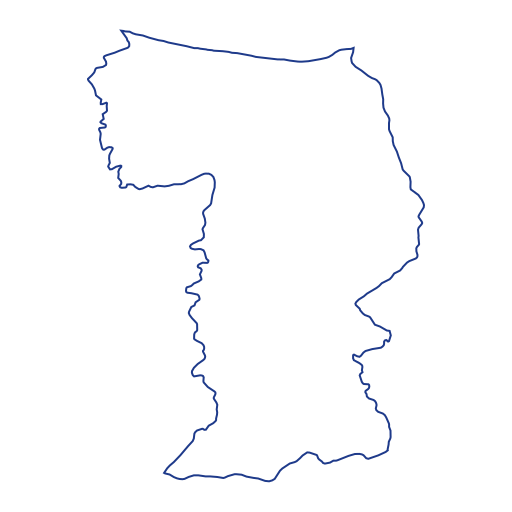 El Porvenir, Atlántida, Honduras (Albers equal-area conic projection)
{"feature_id": "27666195B30019857874789", "entity_name": "El Porvenir", "entity_type": "district", "adm_level": 2, "iso_a3": "HND", "parent_name": "Honduras", "parent_adm1": "Atlántida", "projection": "albers", "projection_center": [-86.935, 15.658], "detail": "fine", "context": "isolated", "style": "outline", "palette": "blue", "viewbox_px": 512, "rotation_deg": 0, "n_neighbors": 0, "source": "geoboundaries", "source_scale": "gbopen_adm2", "svg_char_len": 6023}
<svg xmlns="http://www.w3.org/2000/svg" viewBox="0 0 512 512"><path d="M353.6,47.9L351.0,48.9L346.7,49.1L341.5,49.7L339.4,50.2L335.2,52.5L332.3,54.9L328.7,57.0L326.4,57.8L320.5,59.1L308.5,61.2L301.5,61.7L298.1,61.6L290.0,60.6L284.2,59.5L277.6,59.4L255.8,56.9L251.3,55.7L237.1,53.1L232.0,52.8L228.7,51.9L222.8,51.2L213.8,50.7L212.0,50.2L207.5,49.8L206.1,49.4L200.2,48.7L197.7,48.1L194.1,48.1L186.6,46.2L168.3,42.5L163.6,41.0L158.5,40.2L149.2,37.7L142.9,35.5L135.8,34.3L132.7,33.3L129.7,31.7L124.8,31.4L123.8,31.0L121.3,30.7L126.7,38.2L127.4,40.5L128.8,42.2L129.3,44.0L129.2,46.1L128.1,47.5L127.4,47.9L119.5,50.7L114.7,52.7L106.4,55.3L104.4,56.2L103.9,56.9L103.8,57.8L106.0,61.6L106.3,63.8L106.0,65.0L102.9,66.9L97.0,67.9L96.0,68.4L95.4,69.2L94.4,72.1L93.7,73.1L91.8,75.3L88.0,78.9L88.0,79.5L88.6,80.7L91.9,84.4L94.3,88.6L95.0,90.5L96.0,95.4L101.3,99.5L100.7,102.9L100.8,104.1L102.6,104.1L106.3,102.7L107.0,103.2L106.7,106.2L107.0,110.7L106.2,111.8L102.7,114.2L103.7,118.9L100.7,121.5L100.4,122.1L101.4,123.2L105.4,124.6L105.8,125.3L105.8,126.3L105.5,127.1L104.8,127.5L99.8,128.0L99.2,128.6L99.1,129.7L100.4,132.4L100.7,133.9L100.0,139.8L102.0,148.0L102.9,149.4L103.5,149.7L104.5,149.6L107.3,147.7L109.1,147.1L111.6,147.3L112.7,148.2L112.5,149.2L110.0,153.7L109.3,155.4L109.1,158.7L109.8,162.9L108.5,165.5L108.2,166.6L110.0,169.4L111.9,169.2L116.2,166.7L120.1,165.7L120.9,165.7L121.3,166.0L121.2,167.0L119.4,168.9L118.3,171.7L118.7,174.0L118.2,177.9L120.8,180.8L121.3,182.2L121.2,183.9L119.5,186.0L120.2,187.3L121.8,187.8L125.6,187.5L126.3,187.0L127.2,184.5L130.5,184.3L133.3,184.8L135.0,186.7L136.3,187.6L138.6,189.0L139.7,189.2L142.5,188.5L148.5,185.7L150.7,186.9L152.9,187.3L157.6,185.7L164.6,186.4L168.9,185.8L173.9,184.3L181.1,184.2L184.3,183.4L188.2,181.2L193.2,179.1L201.6,174.8L204.1,173.8L205.7,173.6L208.9,173.7L211.4,174.9L213.4,177.0L214.5,180.1L214.8,182.3L214.6,187.6L212.4,195.0L211.1,203.4L210.1,205.1L204.3,210.2L203.5,211.3L203.1,212.5L203.1,213.8L204.8,218.6L205.4,222.7L205.0,225.0L203.0,228.0L202.5,229.2L203.9,234.0L203.8,237.3L201.0,240.2L198.9,240.6L193.1,243.4L190.9,244.9L190.0,246.4L190.7,248.1L192.1,248.8L194.9,249.4L199.0,249.0L200.8,249.1L203.5,250.3L204.6,252.4L206.2,258.3L206.8,259.2L208.4,260.5L208.3,261.6L207.9,262.5L207.1,262.9L202.6,262.7L199.2,264.3L198.1,265.2L197.7,266.2L198.1,267.3L200.7,268.3L201.6,269.7L201.6,270.8L199.9,274.4L201.3,278.2L201.3,279.5L198.7,281.4L193.8,283.5L192.2,285.1L190.9,286.1L186.9,287.3L186.3,288.2L186.0,290.9L186.3,292.0L187.3,292.7L191.3,293.2L197.5,294.6L198.6,295.6L199.2,297.1L199.6,298.9L199.3,299.8L195.6,302.3L194.5,305.4L191.3,307.0L189.1,311.6L188.8,313.0L189.6,315.0L192.0,318.2L196.7,323.2L197.1,324.2L197.2,330.1L196.6,331.2L195.0,332.4L194.5,333.5L194.2,334.6L194.1,338.7L194.5,339.3L196.8,340.8L201.7,343.2L203.5,345.2L204.1,346.7L204.2,348.2L203.9,349.7L203.0,350.9L203.0,351.6L204.9,355.3L205.2,356.4L205.0,357.7L204.4,359.0L203.2,360.1L197.7,364.0L193.9,367.8L192.0,371.1L191.9,372.8L192.8,375.2L194.1,376.4L200.3,375.3L201.9,375.5L203.0,376.0L203.7,377.3L203.4,381.2L203.7,382.4L207.8,387.0L214.4,391.4L215.3,392.3L215.5,393.2L215.3,394.4L213.9,397.2L213.7,398.1L214.1,399.1L216.4,402.5L217.3,404.8L216.7,409.4L217.2,412.3L217.0,414.7L216.1,418.5L216.1,420.1L215.6,421.0L213.2,423.2L208.7,425.7L205.9,429.7L204.3,429.8L202.8,428.8L202.1,428.8L197.0,430.5L195.2,432.2L194.4,433.6L193.8,438.6L192.7,441.1L188.0,446.2L180.4,455.2L173.8,462.1L169.8,465.5L167.2,468.3L164.1,472.9L165.0,473.4L169.6,474.5L173.9,477.1L177.1,478.4L179.7,479.0L182.4,479.2L184.5,478.9L188.8,476.9L194.0,475.3L198.1,475.3L205.6,476.4L210.0,476.4L217.3,477.0L223.3,478.0L224.8,477.6L228.0,476.1L234.6,474.2L236.3,474.2L241.6,474.7L246.5,476.6L253.5,477.9L258.2,478.5L265.1,480.9L269.1,481.3L272.2,480.4L274.7,478.9L280.0,470.7L282.3,468.5L289.8,463.5L294.7,462.1L296.6,461.2L300.0,458.2L302.6,455.5L307.2,452.4L309.6,452.6L316.7,455.0L317.1,455.5L318.2,458.4L319.2,459.5L321.9,461.5L323.1,463.0L324.9,463.6L330.0,462.6L333.3,460.7L335.9,460.7L337.4,460.3L348.5,455.9L354.9,454.0L359.5,453.9L361.9,454.4L363.5,455.2L366.2,458.2L368.3,458.8L378.2,455.4L385.6,452.0L387.8,450.3L387.6,449.5L388.6,444.5L388.8,441.8L390.3,438.5L390.6,437.1L390.5,430.6L389.1,426.9L389.1,424.5L388.9,423.5L386.2,417.4L384.8,415.1L382.8,413.5L378.1,411.8L376.3,410.1L375.8,408.4L376.5,405.6L376.5,404.4L376.0,402.7L375.1,401.2L373.6,400.0L369.0,398.5L366.9,396.5L366.5,394.0L365.4,392.4L365.4,391.4L365.7,390.8L368.2,389.0L369.0,387.9L369.3,386.5L369.1,385.0L368.5,384.3L363.8,384.0L362.8,383.3L361.8,381.8L359.7,375.4L360.3,374.0L362.5,372.2L361.9,370.3L362.4,367.0L362.2,365.7L361.7,364.9L359.5,363.2L353.9,360.2L353.1,358.3L353.1,355.5L353.4,354.8L354.0,354.6L357.0,356.2L359.5,356.8L361.0,355.7L363.4,352.6L365.5,351.0L372.2,349.1L380.9,347.7L382.5,346.6L383.7,345.3L384.1,343.9L384.1,341.7L384.8,340.5L386.2,340.0L386.9,340.4L387.6,341.4L388.4,341.5L389.0,341.1L390.8,335.4L389.6,330.9L386.8,330.5L379.9,326.5L374.9,324.7L370.1,317.3L368.9,316.5L364.8,315.0L362.8,313.4L360.2,310.3L359.7,308.7L355.8,305.0L355.4,303.6L356.2,302.1L358.8,299.5L363.9,296.3L367.0,293.6L376.6,287.9L379.0,286.1L381.8,283.2L389.7,279.2L391.6,277.2L394.2,273.5L400.1,270.5L402.2,268.1L403.0,266.8L407.0,262.6L409.3,261.1L415.8,258.5L417.0,257.4L417.4,256.5L417.5,255.0L416.4,251.3L416.3,248.3L416.9,247.0L418.9,244.7L419.1,244.1L418.4,237.3L418.6,236.0L418.0,229.7L418.7,227.6L421.6,224.3L422.2,223.0L421.8,221.7L418.7,217.3L418.5,216.3L419.3,214.6L423.7,207.4L424.0,205.1L423.4,203.1L422.0,200.1L418.4,195.0L410.8,189.4L410.4,187.2L410.6,181.7L409.8,177.1L409.3,176.3L403.7,170.8L402.7,169.5L401.1,163.2L398.8,157.4L396.9,151.6L393.6,145.0L392.8,141.2L392.7,137.3L389.6,131.1L389.0,129.3L389.0,123.0L389.4,120.3L389.2,118.5L387.9,115.6L385.0,111.5L383.5,107.7L383.1,103.5L383.2,99.3L382.3,94.4L381.5,88.5L380.5,84.9L379.3,82.9L376.6,80.1L374.8,79.1L372.0,78.1L368.1,75.8L361.4,70.5L355.6,66.8L352.1,63.0L351.6,61.4L351.1,58.0L353.1,52.2L353.6,47.9Z" fill="none" stroke="#1e3a8a" stroke-width="2"/></svg>